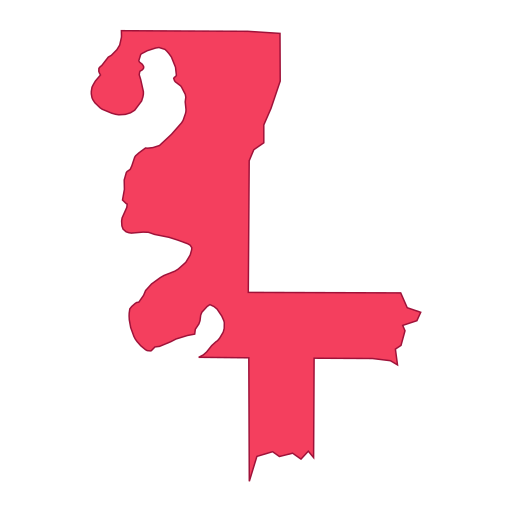 Issaquena, Mississippi, United States of America (Robinson projection)
{"feature_id": "52423323B37261590367764", "entity_name": "Issaquena", "entity_type": "district", "adm_level": 2, "iso_a3": "USA", "parent_name": "United States of America", "parent_adm1": "Mississippi", "projection": "robinson", "projection_center": [-91.074, 32.711], "detail": "fine", "context": "isolated", "style": "filled", "palette": "rose", "viewbox_px": 512, "rotation_deg": 0, "n_neighbors": 0, "source": "geoboundaries", "source_scale": "gbopen_adm2", "svg_char_len": 2355}
<svg xmlns="http://www.w3.org/2000/svg" viewBox="0 0 512 512"><path d="M280.0,33.4L247.8,31.3L121.4,30.7L121.5,36.1L121.4,37.5L119.7,45.1L116.9,49.7L111.4,55.3L108.3,57.1L101.7,65.6L100.3,66.6L98.9,68.3L98.8,71.3L99.4,73.0L100.5,75.0L95.4,81.0L93.4,84.4L92.0,87.2L91.3,91.5L91.3,93.9L92.0,97.7L92.8,99.6L94.9,102.8L100.2,107.9L102.1,109.2L111.7,113.2L115.6,114.3L118.8,114.8L125.3,114.4L130.5,112.8L134.7,110.2L141.6,101.0L142.9,96.9L143.4,94.1L143.4,91.7L140.7,79.6L139.2,74.7L139.7,71.9L140.0,71.2L142.1,70.0L143.4,68.6L143.7,67.6L143.6,66.4L142.3,64.3L139.5,62.1L138.8,60.7L140.7,54.5L141.4,53.8L147.3,50.7L155.7,48.0L159.0,47.5L165.0,49.4L166.7,51.0L168.8,53.4L171.4,57.0L175.5,67.2L176.4,75.4L175.4,76.7L174.5,77.2L173.7,78.3L174.5,80.7L175.4,81.9L180.7,85.9L181.6,87.2L185.3,94.4L185.8,97.3L185.2,101.9L186.0,109.5L185.9,111.4L185.9,111.5L185.5,113.5L183.1,120.4L181.6,122.8L171.5,134.3L159.5,145.5L152.9,147.6L147.5,148.2L145.5,148.0L139.2,152.6L135.6,155.8L134.7,157.2L131.8,165.9L130.2,169.4L127.1,171.5L126.3,172.6L124.2,180.0L124.4,189.4L122.5,200.0L126.2,203.6L127.2,204.1L126.8,207.4L122.1,217.9L121.6,221.0L121.9,225.9L123.1,229.2L126.1,231.8L128.8,232.7L131.4,233.1L143.1,232.1L148.5,232.3L154.5,234.4L169.0,237.3L177.5,240.0L187.8,243.8L190.2,245.2L191.8,247.7L191.6,250.0L190.2,255.0L185.8,262.3L178.2,269.1L175.0,271.1L163.9,275.5L160.3,277.6L151.6,283.9L145.6,290.5L143.6,295.3L139.3,301.5L138.7,302.2L136.6,302.5L135.1,303.5L131.7,306.5L130.2,308.4L129.8,308.9L129.2,313.1L129.1,316.0L129.3,319.9L130.7,327.6L133.9,336.4L135.3,339.1L137.1,341.6L140.8,345.8L145.5,349.7L147.2,350.6L150.5,350.9L151.3,350.7L155.0,346.9L159.5,346.4L170.8,341.7L176.0,339.0L187.4,335.5L194.7,334.1L195.3,329.3L198.9,323.9L200.0,320.7L200.7,315.1L201.9,312.2L207.1,306.5L209.9,304.6L214.1,306.6L217.1,309.1L221.8,316.1L223.9,320.9L224.3,322.6L224.2,328.5L223.2,332.2L219.7,338.1L217.5,340.7L215.9,341.8L211.7,345.6L206.6,352.0L203.3,354.9L198.7,357.3L248.8,357.8L249.3,481.3L256.9,456.4L272.6,451.7L279.4,456.5L292.6,453.2L301.0,459.1L308.3,451.2L313.6,457.6L314.1,358.2L372.4,358.5L390.4,360.7L397.5,364.9L395.4,349.1L401.0,345.4L405.0,330.8L402.7,325.4L416.9,320.7L420.7,312.3L407.2,307.7L400.7,292.9L248.3,292.4L249.2,160.7L253.8,149.7L263.8,142.8L263.8,124.9L271.0,108.4L280.2,81.1L280.0,33.4Z" fill="#f43f5e" stroke="#9f1239" stroke-width="1.5"/></svg>